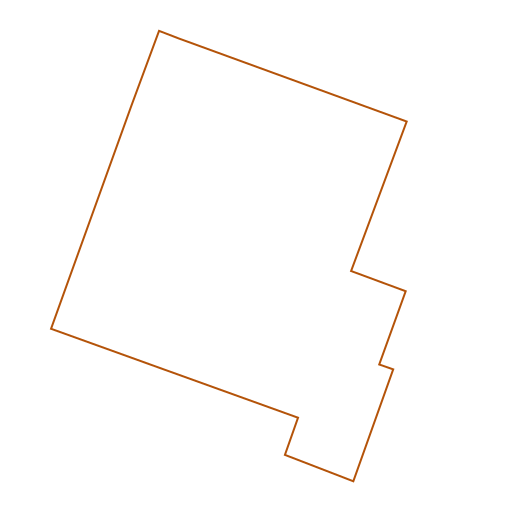 Chickasaw, Mississippi, United States of America, rotated 290°
{"feature_id": "52423323B84097929612493", "entity_name": "Chickasaw", "entity_type": "district", "adm_level": 2, "iso_a3": "USA", "parent_name": "United States of America", "parent_adm1": "Mississippi", "projection": "equal_earth", "projection_center": [-88.985, 33.907], "detail": "fine", "context": "isolated", "style": "outline", "palette": "amber", "viewbox_px": 512, "rotation_deg": 290, "n_neighbors": 0, "source": "geoboundaries", "source_scale": "gbopen_adm2", "svg_char_len": 327}
<svg xmlns="http://www.w3.org/2000/svg" viewBox="0 0 512 512"><g transform="rotate(290 256 256)"><path d="M117.5,88.3L118.4,350.8L79.0,351.2L77.6,424.5L196.4,423.7L196.2,408.9L274.1,408.7L274.4,350.5L433.9,351.6L434.0,109.2L434.4,87.9L354.8,87.5L166.1,88.1L117.5,88.3Z" fill="none" stroke="#b45309" stroke-width="2"/></g></svg>